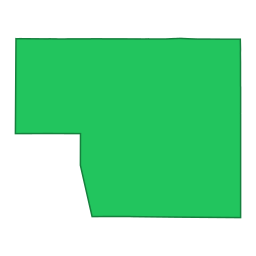 Elko, Nevada, United States of America (Natural Earth projection)
{"feature_id": "52423323B42472456256574", "entity_name": "Elko", "entity_type": "district", "adm_level": 2, "iso_a3": "USA", "parent_name": "United States of America", "parent_adm1": "Nevada", "projection": "natural_earth1", "projection_center": [-115.202, 41.06], "detail": "fine", "context": "isolated", "style": "filled", "palette": "green", "viewbox_px": 256, "rotation_deg": 0, "n_neighbors": 0, "source": "geoboundaries", "source_scale": "gbopen_adm2", "svg_char_len": 986}
<svg xmlns="http://www.w3.org/2000/svg" viewBox="0 0 256 256"><path d="M104.7,216.5L130.1,216.5L131.5,216.6L175.6,217.1L240.6,217.6L240.6,206.6L240.6,190.8L240.6,188.3L240.6,187.8L240.6,181.6L240.6,180.5L240.6,159.6L240.6,156.5L240.6,155.3L240.6,133.6L240.6,113.8L240.5,113.5L240.6,112.7L240.6,86.9L240.5,86.1L240.5,75.1L240.5,74.2L240.5,62.0L240.4,52.8L240.5,49.6L240.3,39.2L239.8,39.2L238.7,39.2L235.3,39.2L222.2,39.2L208.2,39.1L205.9,39.1L198.3,39.1L189.1,38.8L182.6,38.5L180.8,38.4L177.4,38.5L175.7,38.6L174.5,38.6L165.7,39.0L165.2,39.0L149.2,39.0L148.9,38.9L144.4,39.0L123.8,38.9L120.9,38.9L102.5,38.9L101.8,38.8L101.2,38.8L93.7,38.8L91.8,38.8L91.3,38.8L90.4,38.9L89.8,38.9L80.6,38.9L80.4,38.9L67.6,38.9L65.0,39.0L57.8,39.0L56.3,38.9L56.1,38.9L55.1,38.9L54.9,38.9L54.3,38.9L53.1,38.9L48.9,38.8L48.5,38.9L45.6,38.9L19.7,38.7L16.7,38.8L16.0,38.7L15.7,86.1L15.4,133.6L48.0,133.5L80.5,133.6L80.4,165.3L92.1,216.6L104.7,216.5Z" fill="#22c55e" stroke="#15803d" stroke-width="1.5"/></svg>